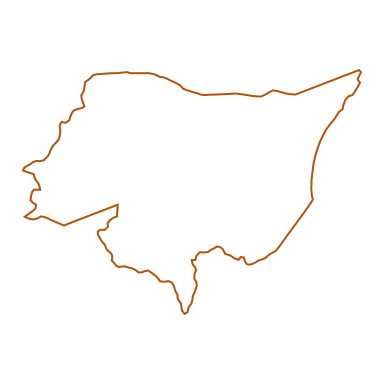 Itapemirim, Espírito Santo, Brazil (Mercator projection)
{"feature_id": "56859067B73479651555060", "entity_name": "Itapemirim", "entity_type": "district", "adm_level": 2, "iso_a3": "BRA", "parent_name": "Brazil", "parent_adm1": "Espírito Santo", "projection": "mercator", "projection_center": [-40.954, -20.988], "detail": "fine", "context": "isolated", "style": "outline", "palette": "amber", "viewbox_px": 384, "rotation_deg": 0, "n_neighbors": 0, "source": "geoboundaries", "source_scale": "gbopen_adm2", "svg_char_len": 2930}
<svg xmlns="http://www.w3.org/2000/svg" viewBox="0 0 384 384"><path d="M24.8,216.7L27.4,218.0L30.4,219.1L33.6,219.4L36.9,218.6L41.2,216.4L44.3,217.0L47.2,218.1L50.8,219.9L64.0,225.5L67.5,224.1L77.9,220.0L103.2,210.3L117.7,204.7L117.0,216.4L113.3,217.7L110.2,220.0L107.7,223.0L107.9,226.8L104.8,229.9L100.8,229.7L97.9,231.3L97.9,234.6L99.8,237.9L101.6,241.1L104.8,244.9L106.8,249.6L109.8,252.2L111.7,254.2L112.3,257.4L111.8,260.7L114.3,263.1L115.9,265.5L118.6,267.0L121.5,266.6L124.9,266.4L128.9,267.7L131.8,268.3L135.3,269.9L138.6,272.4L141.5,272.4L144.4,271.3L148.0,270.5L151.3,272.6L155.7,276.0L158.5,278.9L160.1,281.3L164.5,281.8L168.4,281.1L171.9,282.6L173.6,285.3L174.8,289.2L175.8,291.9L177.5,294.7L177.6,298.5L181.0,303.6L181.9,310.4L184.5,313.9L187.4,312.2L188.9,306.7L191.3,303.7L192.5,299.6L192.7,296.3L194.5,292.5L195.8,288.9L196.8,285.4L196.2,281.8L194.3,278.6L194.6,273.7L196.1,269.9L194.8,267.0L192.7,264.2L191.7,260.1L195.4,259.9L196.5,255.7L199.7,252.3L204.5,252.4L207.8,252.1L210.8,249.9L214.3,248.2L216.7,246.6L219.7,246.9L222.8,249.1L225.2,253.9L230.6,255.6L233.9,258.0L238.4,259.9L240.6,257.1L243.8,257.5L245.0,261.3L246.6,264.0L249.3,264.7L252.5,263.9L256.0,262.0L259.2,260.2L262.0,259.5L265.2,258.0L268.9,254.8L272.3,252.8L275.6,251.0L279.0,246.9L283.0,241.4L288.5,233.7L296.5,222.9L299.2,219.1L303.1,213.9L309.6,204.8L312.8,199.6L311.9,195.7L311.5,191.7L311.3,187.8L311.5,184.8L311.5,180.8L311.9,176.9L312.5,171.8L313.0,167.8L313.7,162.9L314.5,159.3L315.3,155.7L317.9,147.4L319.0,144.6L320.6,140.3L322.3,137.0L324.7,132.3L326.0,129.8L331.0,123.0L334.5,119.0L336.6,115.5L338.9,112.0L342.6,109.0L343.6,104.5L345.5,99.6L348.8,96.1L352.3,95.2L355.2,91.3L357.1,87.8L358.6,85.3L360.0,82.6L357.6,79.4L359.2,75.7L361.0,72.3L359.0,70.1L343.0,76.2L338.8,77.9L329.1,81.6L319.5,85.3L295.2,94.6L291.8,94.3L286.4,93.6L281.7,92.4L277.7,91.1L272.9,90.4L269.0,92.4L266.1,94.1L261.3,96.5L256.7,96.4L252.7,96.0L249.9,95.5L243.8,94.6L239.4,94.0L236.3,93.6L233.2,93.6L230.2,93.9L226.9,94.1L223.9,94.2L221.2,94.4L217.9,94.4L213.1,94.7L209.7,94.7L206.0,95.0L203.1,95.0L200.5,94.4L197.8,93.5L194.2,92.5L189.9,91.1L186.9,90.2L183.2,88.7L180.1,85.3L174.1,82.0L170.4,80.5L167.0,78.7L162.9,77.2L159.5,76.7L156.3,75.1L153.5,74.0L148.7,73.2L144.9,73.2L140.9,73.2L130.3,73.2L127.0,72.1L116.1,73.2L111.4,73.2L96.3,74.3L92.9,75.4L89.7,78.8L85.3,82.0L84.4,86.6L84.1,90.2L81.2,95.7L81.9,99.3L82.9,102.3L84.4,106.5L81.9,108.1L77.6,109.0L73.8,110.5L71.8,113.0L70.3,116.8L69.4,120.1L65.8,122.8L61.6,121.9L59.6,125.5L60.3,129.9L59.7,136.2L58.6,139.4L55.9,142.7L53.4,145.3L51.8,147.8L50.4,150.4L49.5,153.2L47.7,156.3L43.7,160.3L39.3,161.2L36.4,160.9L33.2,162.0L30.8,163.9L27.6,165.6L24.4,167.5L23.0,170.5L28.0,172.4L33.7,174.1L34.9,178.6L36.5,181.1L38.3,183.3L39.6,186.7L40.1,189.8L37.0,189.7L34.0,189.7L32.1,192.0L30.8,197.1L30.6,200.5L32.8,202.6L36.1,204.9L35.2,208.8L32.4,211.2L24.8,216.7Z" fill="none" stroke="#b45309" stroke-width="2"/></svg>